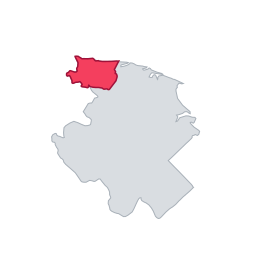 where Nyanga sits in Gabon, rotated 136°
{"feature_id": "GAB-2623", "entity_name": "Nyanga", "entity_type": "Province", "adm_level": 1, "iso_a3": "GAB", "parent_name": "Gabon", "parent_adm1": "", "projection": "natural_earth1", "projection_center": [11.138, -3.095], "detail": "fine", "context": "in_parent", "style": "filled", "palette": "rose", "viewbox_px": 256, "rotation_deg": 136, "n_neighbors": 0, "source": "natural_earth", "source_scale": "10m", "svg_char_len": 4963}
<svg xmlns="http://www.w3.org/2000/svg" viewBox="0 0 256 256"><g transform="rotate(136 128 128)"><path d="M169.6,43.7L169.5,45.6L167.6,50.5L166.7,54.2L166.4,58.2L167.0,61.4L167.9,63.7L168.5,66.2L168.0,67.9L167.1,68.6L167.8,69.5L169.2,69.7L171.6,69.0L175.3,67.6L180.1,65.7L183.3,64.7L188.5,65.3L191.4,66.1L192.8,67.4L194.3,73.1L195.1,74.0L196.4,76.4L197.5,79.3L197.7,80.8L197.6,81.9L196.5,83.5L195.3,85.8L194.9,87.2L193.9,88.2L192.6,89.3L189.1,89.7L188.5,90.3L187.6,92.7L185.7,94.8L184.9,96.8L184.1,99.5L184.3,102.7L183.9,107.4L183.5,110.6L184.4,111.7L188.6,112.5L189.5,113.1L190.6,115.1L192.0,117.0L195.8,118.1L197.3,119.5L198.5,121.1L198.7,122.4L197.8,127.5L197.0,132.4L197.3,136.1L197.6,139.7L198.1,144.9L197.9,148.0L196.8,150.0L196.8,151.5L197.3,153.3L196.3,158.4L195.7,159.2L194.0,160.2L193.1,161.5L192.8,163.7L191.9,166.6L190.9,167.6L190.9,169.0L191.8,170.0L191.8,171.5L190.1,173.3L189.1,174.7L186.8,175.4L184.1,174.7L183.5,173.7L184.2,172.1L183.9,170.8L183.0,169.5L181.6,166.1L180.4,165.4L179.7,166.8L177.6,169.4L173.8,172.7L171.2,172.9L166.3,171.9L162.3,170.4L160.3,166.5L159.1,163.3L157.4,159.5L155.4,157.8L153.4,156.7L152.4,156.6L149.5,158.6L148.6,159.5L148.6,161.2L148.8,162.8L149.3,163.6L149.7,164.7L149.6,166.3L149.1,168.4L148.9,170.8L139.6,173.2L137.9,172.3L136.8,171.2L135.4,171.4L131.3,172.7L129.8,171.8L128.3,171.2L127.7,171.7L127.6,172.7L128.3,178.3L128.1,180.5L127.1,183.3L126.7,185.2L129.2,185.7L130.0,186.6L130.9,188.0L132.1,189.3L132.2,190.1L130.8,191.6L130.4,193.4L131.0,194.8L132.7,196.3L135.2,197.8L136.4,198.8L136.2,199.7L135.1,201.7L134.7,203.3L133.9,204.8L134.0,206.2L135.2,207.5L135.0,208.6L134.3,209.5L132.8,209.3L131.5,209.5L130.3,209.1L126.6,204.7L125.9,204.5L120.6,207.9L119.3,209.4L118.2,211.4L116.7,215.7L114.3,213.2L112.2,208.5L109.8,205.7L104.7,201.1L103.4,197.7L97.6,190.2L89.2,182.7L83.2,176.2L82.3,174.7L83.3,174.9L89.1,178.1L89.9,177.8L90.6,177.0L88.1,175.3L85.6,174.0L83.4,173.2L81.1,173.2L79.9,171.9L79.0,169.8L78.6,168.0L77.6,166.1L74.4,162.3L73.6,160.8L71.9,158.7L73.0,158.5L76.4,160.4L76.7,159.6L76.4,158.5L73.0,156.6L71.1,156.5L70.6,155.2L70.9,153.7L68.4,148.1L65.9,143.9L65.5,141.9L72.4,151.1L73.3,151.2L74.5,151.1L77.4,150.1L76.8,148.9L75.5,147.6L74.3,148.2L72.7,148.3L71.8,147.8L71.4,146.8L73.1,142.4L72.4,142.6L71.8,143.4L70.9,143.8L69.6,144.0L66.2,141.6L63.2,135.2L62.4,133.9L61.6,131.6L60.8,130.7L57.3,121.6L58.6,122.3L60.2,124.9L63.3,124.4L64.5,122.8L65.5,122.9L66.6,122.5L67.9,121.1L71.8,114.8L72.9,106.5L72.5,101.6L72.0,96.7L73.3,95.1L73.8,96.2L74.0,97.9L74.6,99.2L76.0,100.3L78.6,100.6L82.6,102.5L84.1,103.6L84.5,101.3L89.1,99.3L87.7,98.6L83.6,99.4L77.9,96.5L76.1,94.6L74.3,91.1L72.5,89.2L72.6,87.6L76.7,86.0L77.8,86.2L78.2,88.0L79.3,88.8L79.7,88.5L79.9,87.0L79.9,82.8L78.7,76.8L79.0,75.6L80.1,75.2L81.1,74.4L81.8,74.3L83.2,74.4L83.9,75.8L84.2,76.6L85.6,76.9L86.8,77.7L87.7,77.5L88.5,76.6L89.7,76.4L93.4,76.4L96.8,76.5L103.4,76.5L110.1,76.5L116.7,76.5L121.7,76.6L121.7,73.1L121.7,67.8L121.6,61.6L121.6,55.6L121.6,50.1L121.6,43.5L121.8,41.6L122.2,40.8L122.0,39.8L127.2,39.7L136.5,40.2L140.6,40.1L141.7,40.2L146.8,39.9L150.9,40.3L152.7,40.7L154.3,41.0L159.2,41.2L165.7,40.9L167.8,41.0L169.1,41.9L169.6,43.7Z" fill="#d9dde1" stroke="#a8b0b8" stroke-width="1"/><path d="M126.6,184.3L126.4,185.4L126.5,186.0L126.9,185.9L127.9,185.1L128.6,184.9L129.1,185.1L129.5,185.6L130.3,187.0L132.2,189.3L132.6,190.0L132.6,190.6L132.0,191.0L131.4,191.1L131.1,191.0L130.8,191.2L130.5,191.9L130.4,192.4L130.3,194.4L130.3,194.5L130.5,194.9L130.7,195.0L132.1,195.7L132.6,196.1L133.6,197.0L134.5,197.5L135.7,197.9L136.6,198.4L136.9,199.3L136.5,199.9L135.5,200.8L135.2,201.5L133.8,205.3L133.7,206.0L133.9,206.6L134.4,206.9L135.0,207.1L135.5,207.4L135.7,208.0L135.5,208.7L135.0,209.2L134.5,209.7L134.1,209.9L133.6,209.9L132.2,209.4L131.7,209.4L130.3,209.6L129.8,209.4L129.4,208.9L127.5,205.2L126.5,204.4L125.3,204.2L124.6,204.7L124.2,205.6L123.6,206.4L122.7,206.8L121.7,207.0L120.9,207.6L120.2,208.3L119.4,208.9L118.7,209.5L118.3,210.4L116.7,215.5L116.3,216.3L115.8,216.0L115.2,215.5L114.0,214.1L113.7,212.3L113.4,211.8L113.3,211.2L113.2,210.7L113.1,210.0L112.6,209.4L111.8,208.7L108.8,205.7L104.9,202.6L104.7,201.3L104.7,200.9L104.8,200.4L104.9,199.8L104.8,199.2L104.6,198.7L104.2,198.3L103.7,198.0L103.0,197.3L102.6,197.1L102.5,196.6L101.6,195.4L101.2,194.9L100.8,194.4L100.1,193.6L97.5,191.1L94.4,188.2L93.2,187.1L90.0,184.4L88.5,182.9L88.1,182.6L89.0,182.3L96.3,179.8L96.8,179.8L97.0,179.7L97.2,179.3L97.4,179.0L97.6,177.8L97.6,177.5L97.8,177.2L98.1,176.9L98.5,176.6L98.8,176.4L99.1,176.4L99.2,176.2L99.3,176.0L99.2,175.8L98.9,175.2L98.8,174.9L98.9,174.6L99.0,174.3L99.3,173.8L99.6,173.1L100.4,172.3L103.9,170.3L114.5,168.7L114.9,168.8L115.1,168.9L115.4,169.2L115.6,169.4L115.7,169.7L115.8,170.0L115.8,170.3L115.9,170.6L116.0,170.8L116.2,171.0L118.2,172.5L118.4,172.7L118.5,173.0L119.0,175.0L119.6,175.7L121.0,177.6L122.9,179.4L124.9,181.7L126.6,184.3L126.6,184.3Z" fill="#f43f5e" stroke="#9f1239" stroke-width="1.5"/></g></svg>